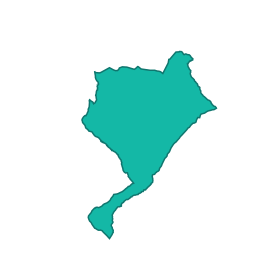 Varfurile, Arad, Romania (orthographic projection), rotated 134°
{"feature_id": "2599482B32847721384384", "entity_name": "Varfurile", "entity_type": "district", "adm_level": 2, "iso_a3": "ROU", "parent_name": "Romania", "parent_adm1": "Arad", "projection": "orthographic", "projection_center": [22.555, 46.342], "detail": "fine", "context": "isolated", "style": "filled", "palette": "teal", "viewbox_px": 256, "rotation_deg": 134, "n_neighbors": 0, "source": "geoboundaries", "source_scale": "gbopen_adm2", "svg_char_len": 5689}
<svg xmlns="http://www.w3.org/2000/svg" viewBox="0 0 256 256"><g transform="rotate(134 128 128)"><path d="M110.3,191.5L113.1,187.7L114.4,186.4L115.1,185.1L115.7,183.2L115.7,181.5L116.1,180.8L116.5,180.7L116.5,180.2L117.0,179.6L117.9,179.5L118.4,179.8L118.6,179.4L119.6,179.0L119.9,178.5L119.9,178.2L120.3,177.6L121.0,177.3L121.5,176.9L121.7,176.4L121.9,176.3L122.3,176.6L123.4,176.3L125.6,174.6L126.7,174.1L127.1,173.8L127.1,173.4L129.0,171.0L129.2,170.5L129.7,170.1L130.4,169.8L131.5,169.7L132.6,169.2L133.7,169.4L134.0,169.7L134.4,169.6L134.3,170.3L133.9,170.7L133.8,171.2L133.9,172.1L134.2,172.5L134.3,175.2L134.8,175.1L135.2,174.9L136.2,173.6L139.5,170.8L140.1,170.4L141.6,169.9L142.2,169.6L143.5,168.3L145.0,167.9L146.3,167.3L147.3,167.1L148.4,166.8L148.7,167.4L149.2,167.6L150.8,167.7L152.5,167.4L153.5,167.1L154.3,166.6L154.5,166.0L155.6,164.4L156.0,160.6L157.0,159.0L157.3,158.1L157.3,157.5L157.0,156.3L157.4,154.0L156.5,152.4L156.0,151.7L155.9,150.8L156.2,149.7L156.7,146.9L156.6,145.5L155.7,143.5L155.4,142.2L155.7,138.8L156.1,138.7L156.1,138.3L156.4,138.1L156.3,137.6L156.2,137.2L155.7,137.6L155.5,136.5L155.9,136.4L155.8,135.7L155.4,135.7L155.2,135.1L155.3,134.7L155.2,134.5L154.9,133.6L154.8,132.1L155.3,131.3L155.3,131.0L154.9,130.9L154.8,130.6L155.0,130.2L155.4,129.9L155.4,129.0L155.2,127.3L155.0,126.8L155.0,126.3L155.2,126.1L155.3,125.9L155.2,125.7L155.0,125.0L155.3,124.6L155.5,124.1L155.4,123.8L154.9,123.8L154.9,123.2L154.7,122.9L154.7,122.0L154.4,121.1L154.2,120.6L154.3,120.1L154.1,119.2L154.2,118.6L154.3,118.1L154.4,117.5L154.1,116.9L154.2,116.7L154.2,116.2L154.8,115.9L154.8,115.4L155.3,114.3L155.3,113.7L155.5,113.5L155.4,113.1L155.9,111.6L155.8,110.9L156.0,110.4L156.5,110.0L156.8,109.3L157.2,108.4L157.8,108.2L158.7,107.3L159.0,106.5L159.5,105.8L160.8,103.4L161.7,102.3L162.0,101.5L162.3,99.9L162.0,98.4L161.0,97.8L160.6,97.3L161.3,96.2L161.9,94.8L162.7,94.2L162.9,92.6L162.9,91.7L163.3,91.0L163.4,88.5L163.8,85.6L165.7,86.4L168.8,86.4L169.9,87.2L170.8,87.1L172.0,87.2L173.8,87.5L174.2,87.4L177.8,87.9L179.7,88.7L182.2,89.6L183.4,90.3L185.7,92.1L187.4,91.5L190.4,91.3L192.6,90.6L194.9,90.8L196.7,91.2L198.8,92.2L200.2,92.6L202.1,92.5L203.8,93.0L205.6,93.7L206.4,95.1L207.3,95.9L208.2,95.8L208.7,96.4L212.6,96.4L214.4,95.7L216.4,95.6L218.7,95.3L220.0,94.4L220.8,92.9L221.6,91.0L221.6,88.8L222.3,86.9L223.2,82.4L222.8,81.4L222.4,79.4L222.1,78.4L221.5,77.7L220.7,77.0L220.4,76.7L220.3,76.1L219.8,75.2L220.1,73.5L220.1,68.5L220.3,66.1L220.3,65.4L220.4,64.5L217.4,65.1L215.9,65.4L214.3,66.0L213.4,66.1L213.3,66.4L212.0,67.4L211.7,67.9L211.4,69.1L211.2,69.4L210.5,70.3L210.2,71.6L210.0,72.0L209.6,72.5L208.8,72.9L207.1,73.1L206.3,73.3L206.1,73.5L205.5,75.0L204.7,75.6L204.0,75.8L203.8,76.3L203.4,76.9L202.3,77.8L201.8,78.7L201.5,78.9L200.6,79.2L198.1,79.9L197.2,80.0L195.7,80.0L194.6,80.3L193.1,80.4L192.5,80.6L191.7,80.5L190.9,79.8L190.6,79.6L190.4,79.2L190.1,79.1L189.5,79.1L189.3,79.0L189.1,78.6L188.8,78.5L188.5,78.7L188.3,79.3L187.9,79.5L187.7,79.7L187.4,79.9L187.1,79.9L186.7,79.8L186.2,80.1L185.1,79.7L184.6,79.6L183.8,79.7L183.7,79.9L182.9,79.8L180.6,79.5L180.1,79.1L179.8,78.6L179.5,78.4L178.7,78.3L177.1,77.9L175.9,78.1L175.4,77.9L174.9,77.4L174.0,77.6L172.6,77.2L171.6,76.6L171.2,76.1L169.6,75.3L169.0,74.6L168.4,74.6L167.9,74.8L167.4,74.6L167.1,74.3L166.0,73.9L165.4,73.9L165.0,73.7L164.8,73.8L164.7,74.0L164.3,74.0L163.9,73.7L163.5,73.3L163.2,73.0L162.3,73.2L161.6,73.5L161.3,73.6L161.2,73.5L160.7,72.6L160.2,72.6L160.0,72.4L159.3,72.6L158.1,72.5L157.0,72.7L155.9,72.4L154.7,72.5L154.0,72.3L152.9,72.5L152.6,72.3L152.0,72.8L151.4,72.8L150.8,72.7L150.2,72.5L149.7,72.8L148.2,73.9L147.8,74.6L147.3,74.9L147.1,75.4L146.6,76.1L146.3,76.3L146.0,77.0L144.7,77.8L144.1,77.6L143.2,76.9L142.8,76.8L142.5,76.7L141.4,77.0L140.3,76.8L139.8,76.9L138.1,76.3L137.0,76.2L136.1,76.6L135.7,76.9L135.3,77.1L134.3,77.4L132.9,77.5L131.9,77.7L130.1,78.5L124.6,80.3L123.9,80.4L122.8,80.3L121.4,80.4L121.0,80.5L120.0,81.2L119.4,81.5L118.4,81.6L117.1,81.6L116.3,81.7L112.4,83.2L108.8,83.9L107.3,84.1L105.1,83.9L104.5,83.7L102.9,83.9L99.6,84.0L98.4,84.3L97.4,84.3L96.6,84.4L96.2,84.3L88.8,84.5L86.0,84.8L84.9,84.3L82.5,84.7L79.4,84.6L78.7,83.9L76.9,83.2L76.4,83.3L74.4,84.4L72.0,85.1L70.8,83.6L68.6,84.8L67.3,85.1L66.5,84.7L64.5,83.5L63.9,83.2L62.0,82.8L60.8,82.5L59.7,82.0L57.9,80.8L56.2,79.9L55.1,78.9L52.4,78.1L52.1,78.8L52.0,80.3L52.7,81.6L52.6,83.0L52.7,83.5L52.4,84.5L52.4,85.3L52.3,85.6L51.8,86.1L51.7,86.8L51.6,87.6L51.6,88.2L51.9,89.2L52.2,89.7L52.4,90.4L52.4,93.7L52.5,95.1L52.7,96.3L52.4,97.1L52.4,97.6L52.4,98.4L52.3,99.1L52.2,99.8L51.9,100.4L51.1,101.1L50.7,101.6L50.6,102.3L50.1,103.5L49.0,104.4L48.9,104.7L48.9,105.2L49.1,105.5L49.2,105.9L49.1,106.8L49.1,107.2L48.2,108.4L48.1,109.0L48.1,110.8L47.8,111.5L48.0,112.6L47.8,113.1L47.5,113.4L47.3,113.9L47.2,115.4L47.3,117.5L47.1,118.3L46.5,119.6L45.7,121.0L45.1,121.4L44.4,121.6L43.7,122.4L43.2,122.6L43.1,123.0L43.1,124.6L42.6,125.7L42.1,127.5L40.8,129.3L40.6,129.8L39.9,129.5L39.2,129.9L38.8,129.8L38.4,129.9L37.4,130.0L36.9,129.7L36.3,130.0L36.2,129.9L35.9,129.4L35.5,129.2L35.2,129.3L34.8,129.2L34.5,129.2L34.4,128.8L34.2,128.7L33.7,129.1L33.2,129.3L33.2,130.2L33.2,131.8L32.8,133.3L32.8,134.7L34.2,136.7L34.4,137.6L35.1,138.3L35.7,138.4L36.3,138.6L36.4,139.1L36.3,139.7L35.9,141.1L35.8,141.9L36.1,142.9L37.2,144.1L37.7,144.1L40.1,146.3L49.4,145.7L50.3,146.3L53.4,144.2L64.6,140.8L64.9,143.6L65.6,145.1L66.7,146.5L67.3,147.6L67.9,148.9L71.2,152.3L76.4,159.5L76.8,163.3L77.2,163.8L78.2,163.7L79.9,163.9L81.4,164.2L85.0,171.1L88.0,174.6L90.8,175.9L91.8,175.5L93.9,175.4L95.5,176.9L96.3,178.9L97.5,183.2L106.9,186.1L108.2,186.8L110.9,190.1L110.3,191.5Z" fill="#14b8a6" stroke="#0f766e" stroke-width="1.5"/></g></svg>